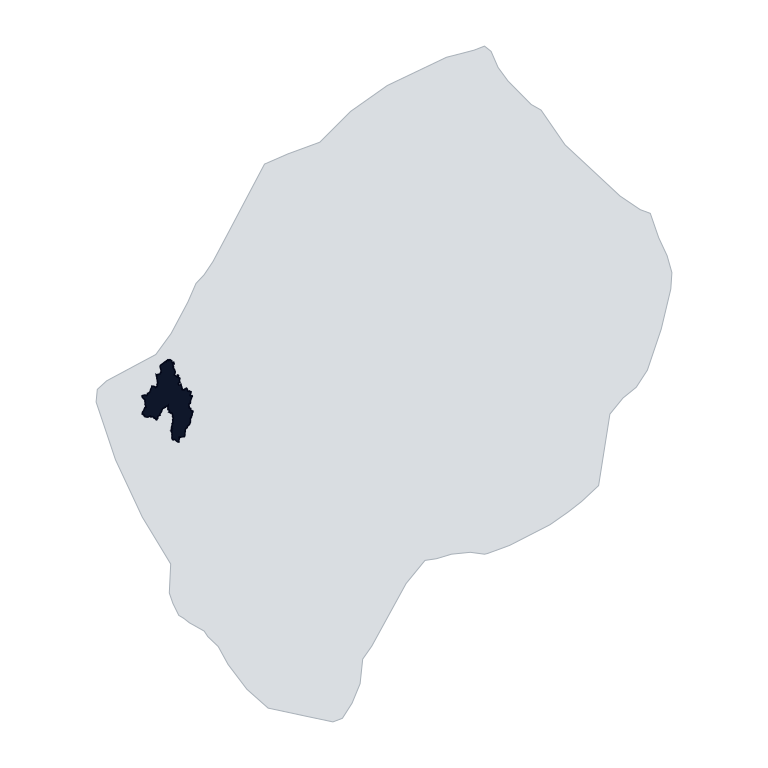 location of Mamants'o, Mafeteng, Lesotho
{"feature_id": "5366337B49454872209470", "entity_name": "Mamants'o", "entity_type": "district", "adm_level": 2, "iso_a3": "LSO", "parent_name": "Lesotho", "parent_adm1": "Mafeteng", "projection": "equal_earth", "projection_center": [27.358, -29.661], "detail": "fine", "context": "in_parent", "style": "filled", "palette": "ink", "viewbox_px": 768, "rotation_deg": 0, "n_neighbors": 0, "source": "geoboundaries", "source_scale": "gbopen_adm2", "svg_char_len": 6869}
<svg xmlns="http://www.w3.org/2000/svg" viewBox="0 0 768 768"><path d="M509.6,545.4L487.5,553.5L484.5,554.2L470.3,552.3L451.4,554.2L436.5,558.7L425.0,560.4L406.1,583.5L371.8,646.1L362.7,659.1L360.1,683.7L352.1,703.1L342.4,718.3L332.9,721.9L304.5,715.9L268.1,708.1L246.9,689.3L228.1,664.5L218.2,646.5L207.8,636.6L204.2,631.1L189.4,622.8L183.8,618.4L178.8,615.4L172.9,603.4L169.3,593.0L170.7,564.0L160.2,546.6L142.3,517.1L131.0,492.9L115.5,459.8L106.0,431.4L96.1,402.0L97.3,389.4L106.7,380.8L134.3,366.0L155.8,354.5L171.1,333.5L187.8,302.2L196.0,283.4L204.1,274.8L213.0,261.5L228.6,232.1L245.9,199.3L264.5,164.1L287.9,153.9L319.8,142.2L350.6,111.4L387.3,85.5L446.4,57.3L474.0,50.2L484.5,46.1L491.1,51.4L498.1,67.5L508.0,81.0L531.2,104.5L541.1,110.1L565.0,144.8L590.6,168.6L620.0,196.0L640.1,209.6L650.3,213.4L658.7,237.7L667.1,255.7L671.9,272.6L670.8,289.0L661.2,329.2L647.4,370.1L636.3,387.2L623.0,398.0L609.9,414.1L604.7,447.0L598.6,485.6L581.6,501.5L568.3,511.9L550.0,524.7L509.6,545.4Z" fill="#d9dde1" stroke="#a8b0b8" stroke-width="1"/><path d="M192.7,411.1L192.4,411.2L191.9,410.6L191.2,410.7L190.8,410.2L190.7,409.7L190.8,408.5L190.7,408.3L189.6,408.1L189.2,407.8L189.2,406.2L188.8,405.5L189.1,404.4L188.9,404.4L189.0,404.0L189.4,403.6L190.3,403.4L190.5,402.5L190.4,401.6L190.6,400.8L190.5,400.3L190.9,399.7L191.1,398.8L191.4,398.6L191.2,398.0L191.2,397.8L192.3,396.6L192.3,395.9L192.0,395.6L191.7,395.7L190.9,396.1L190.6,395.5L190.1,395.5L190.1,394.6L190.6,394.0L191.0,392.5L191.1,391.7L190.9,391.6L190.4,391.7L189.8,391.2L189.3,390.9L188.7,391.4L187.9,391.2L187.4,389.7L187.3,389.1L186.5,388.1L186.0,388.3L185.8,388.8L184.9,388.9L184.3,389.4L184.0,390.0L183.6,389.7L182.9,389.9L182.6,389.8L182.4,388.9L182.3,388.7L181.6,389.2L181.4,388.4L181.9,387.2L181.3,385.9L181.1,384.7L180.9,384.1L180.0,385.0L179.6,385.1L179.0,385.2L178.8,384.9L178.2,383.8L178.5,383.5L178.5,383.1L179.7,382.6L180.0,382.4L179.7,381.6L179.4,380.2L179.9,378.7L179.9,378.2L179.4,377.8L178.6,377.8L178.4,377.6L178.2,377.1L178.6,375.5L178.5,375.3L177.7,374.9L177.4,375.0L177.4,375.4L177.7,375.5L177.3,376.2L177.3,376.9L177.1,377.1L175.9,376.0L174.4,375.1L174.3,374.6L174.8,373.8L174.8,373.3L175.2,372.8L175.1,372.3L175.2,371.4L174.7,370.5L174.6,369.8L173.9,369.5L173.9,368.5L173.4,368.2L173.0,367.7L172.9,367.2L173.6,366.9L173.6,366.7L173.3,366.2L173.3,365.8L173.0,365.6L172.7,365.2L172.7,364.8L172.9,364.4L173.6,364.0L174.2,364.0L174.2,363.8L173.7,362.3L173.5,362.5L172.8,362.5L172.5,362.9L172.3,362.9L172.0,362.3L171.7,360.7L171.3,360.7L170.7,360.0L170.2,359.7L169.8,359.6L169.1,359.9L168.9,360.6L168.6,360.7L168.4,360.5L168.1,359.7L167.8,359.7L167.5,360.3L166.4,360.7L166.3,360.8L166.2,361.7L165.6,361.6L165.0,361.8L163.4,363.1L162.8,363.7L162.5,363.8L160.8,365.0L160.4,365.4L160.2,366.1L160.1,366.3L160.3,367.7L161.0,370.0L161.2,372.3L160.6,372.3L160.2,373.7L159.8,374.1L159.4,374.1L159.0,374.3L158.7,374.2L158.3,374.5L158.0,374.4L157.3,374.7L157.1,374.6L156.6,375.0L156.3,374.8L156.4,375.1L156.3,375.3L156.6,375.9L156.4,376.1L156.5,376.3L156.7,376.8L156.9,377.6L156.8,378.4L157.2,379.7L157.2,380.2L157.4,380.5L157.4,381.1L157.6,381.4L157.4,381.6L157.9,382.4L157.7,382.7L157.8,383.0L157.6,383.5L157.4,383.4L157.3,384.1L157.0,384.4L157.4,384.9L157.4,385.8L157.1,385.7L156.9,386.2L156.7,386.5L156.2,386.8L156.3,387.0L156.0,387.0L155.9,387.3L155.5,387.7L155.3,387.5L154.8,386.8L153.8,386.2L153.4,386.3L151.8,386.1L151.7,387.2L151.4,388.0L150.6,389.3L150.4,390.6L149.9,391.9L148.2,393.3L147.5,393.4L147.5,394.3L146.8,395.5L146.3,395.7L146.1,395.6L145.9,395.1L144.5,395.0L144.0,395.2L142.6,395.5L141.9,396.0L142.3,396.5L142.3,397.3L143.7,398.8L143.9,398.8L144.0,398.9L144.2,399.0L144.3,399.4L145.0,399.8L145.1,400.0L144.9,400.1L144.9,401.2L145.0,401.4L144.9,401.8L145.4,402.9L145.2,403.3L145.2,403.6L145.1,403.8L145.0,404.5L145.3,404.9L145.8,406.0L145.7,407.0L145.9,407.4L144.9,407.5L144.1,409.3L143.7,410.7L142.8,411.6L142.5,412.1L142.3,413.1L142.2,413.8L142.2,414.0L142.9,413.9L143.0,414.2L142.9,414.4L143.0,414.6L143.5,414.8L143.9,415.1L144.0,415.5L144.3,415.3L144.6,415.7L144.5,415.9L144.7,416.3L145.1,416.8L145.3,416.7L146.1,416.9L146.8,417.1L147.6,417.1L148.0,417.1L148.1,416.8L148.9,416.7L149.6,416.3L150.1,416.2L150.3,416.3L150.4,416.1L150.6,416.3L150.9,416.9L151.2,416.6L151.5,416.9L151.9,416.9L152.1,416.7L152.5,416.6L153.0,416.9L153.7,417.3L153.9,417.8L154.3,417.5L154.5,417.6L154.4,418.3L155.0,418.4L155.4,418.7L155.7,418.5L155.9,418.7L155.8,419.3L156.1,419.5L156.3,419.9L156.8,419.8L157.2,418.9L157.9,418.1L157.6,416.5L157.8,416.3L158.3,416.1L159.2,415.5L160.0,415.3L160.2,415.1L159.7,414.2L159.8,413.8L160.9,412.6L161.6,411.5L161.6,411.0L161.7,410.9L161.7,410.7L162.2,409.6L162.2,409.3L162.5,409.0L162.7,408.6L163.3,408.2L164.0,408.1L164.6,407.3L165.2,407.3L165.2,407.1L165.7,407.0L166.5,406.1L167.0,406.0L167.5,406.2L168.1,405.5L168.0,406.3L167.8,406.5L168.0,406.9L167.9,407.1L167.9,407.5L168.1,407.9L167.9,408.3L168.1,408.5L168.0,408.8L168.1,409.1L167.9,409.6L168.7,410.0L169.0,409.9L169.2,410.0L169.3,410.4L169.5,410.8L169.0,411.8L169.3,411.7L169.8,412.6L170.4,412.7L170.5,412.9L170.8,412.5L171.0,412.6L171.4,412.6L171.7,412.8L171.8,413.4L172.3,413.6L172.4,414.0L172.3,414.4L172.6,414.7L172.7,415.2L172.6,415.4L172.8,415.7L172.6,416.0L172.5,416.7L172.7,416.9L172.8,417.2L173.0,417.3L173.1,417.8L173.3,417.8L173.3,418.0L173.3,418.6L172.6,419.7L172.8,420.7L172.9,422.4L172.7,422.6L172.7,422.8L172.6,423.0L172.7,423.4L172.2,423.4L172.1,423.5L172.4,423.8L172.4,424.0L172.1,424.8L172.2,425.1L172.1,425.3L171.8,426.2L171.7,426.5L171.9,426.5L172.0,426.8L171.5,427.2L171.6,427.8L171.4,428.2L171.6,428.7L171.5,428.8L171.5,429.0L171.8,429.0L171.6,429.2L171.7,429.4L171.7,430.2L171.8,430.4L171.6,430.5L171.2,430.3L171.2,430.6L171.4,430.9L171.1,431.0L171.4,431.2L171.4,431.9L171.7,432.1L172.1,433.5L171.9,434.2L172.0,434.4L171.9,434.7L171.9,435.0L172.2,435.3L171.9,437.3L172.0,438.7L172.4,439.1L172.6,439.7L173.6,439.9L174.0,439.4L174.6,439.4L175.5,440.0L176.5,441.1L178.1,442.1L179.0,442.0L179.0,441.4L178.8,440.6L178.8,440.2L179.1,439.7L179.1,439.3L179.4,438.6L179.2,437.9L179.2,437.4L178.9,436.4L179.2,436.9L179.8,437.2L180.7,437.3L181.4,436.9L182.2,436.8L183.2,436.8L183.4,436.6L183.7,436.5L184.3,436.7L184.7,436.1L184.7,435.8L185.0,434.9L184.8,433.9L184.9,433.7L184.8,433.0L185.1,432.1L185.1,431.8L185.3,431.6L185.2,430.5L185.3,429.8L185.7,428.8L186.2,428.1L186.5,428.1L186.8,427.8L187.2,427.7L187.3,426.8L187.6,426.3L187.5,426.0L188.1,425.7L188.5,425.3L188.9,425.1L189.2,424.7L189.4,424.6L189.7,424.0L189.7,423.6L190.0,423.3L190.0,423.0L190.1,422.7L190.3,422.5L190.2,422.2L190.4,422.0L190.3,421.6L190.5,421.1L190.4,419.2L190.3,418.8L190.4,418.7L190.5,418.2L191.0,418.0L191.0,417.4L191.4,417.2L191.3,416.4L192.0,415.6L192.3,413.8L192.1,413.2L192.2,412.8L192.8,412.3L192.9,412.0L193.0,411.9L193.0,411.7L192.7,411.6L192.7,411.1Z" fill="#0f172a" stroke="#020617" stroke-width="1.5"/></svg>